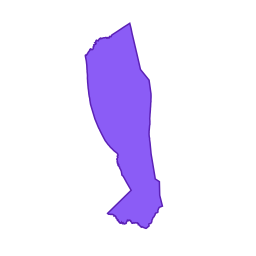 outline of Sinazongwe, Southern, Zambia, rotated 316°
{"feature_id": "96606910B20600796740117", "entity_name": "Sinazongwe", "entity_type": "district", "adm_level": 2, "iso_a3": "ZMB", "parent_name": "Zambia", "parent_adm1": "Southern", "projection": "natural_earth1", "projection_center": [27.144, -17.456], "detail": "fine", "context": "isolated", "style": "filled", "palette": "violet", "viewbox_px": 256, "rotation_deg": 316, "n_neighbors": 0, "source": "geoboundaries", "source_scale": "gbopen_adm2", "svg_char_len": 5117}
<svg xmlns="http://www.w3.org/2000/svg" viewBox="0 0 256 256"><g transform="rotate(316 128 128)"><path d="M101.0,140.7L100.7,140.8L100.5,141.1L100.4,141.6L100.4,142.0L100.2,142.1L98.3,142.6L98.2,143.0L98.2,143.5L97.9,143.7L96.9,144.6L97.0,145.1L96.9,145.4L96.3,145.4L96.0,145.7L96.0,146.2L96.0,147.4L96.0,147.5L95.8,147.9L95.7,147.9L95.5,147.5L95.4,147.2L95.0,147.8L94.9,148.0L95.0,148.2L94.8,148.7L94.9,148.8L95.0,148.8L95.0,149.2L94.9,149.6L94.8,150.0L94.8,150.3L94.3,150.7L94.3,150.9L93.7,153.0L93.1,154.5L90.9,157.7L90.9,157.9L91.0,158.4L91.0,159.4L90.5,161.4L89.2,166.1L87.0,175.0L54.0,175.2L54.0,175.7L54.0,175.9L54.2,176.6L54.4,176.9L55.1,177.4L55.3,177.7L55.3,177.8L55.4,178.0L55.6,178.1L55.6,178.3L55.8,178.5L56.0,178.5L56.4,178.8L56.4,179.0L56.5,179.2L56.8,179.3L57.0,179.6L57.2,180.4L57.2,180.5L57.3,180.9L57.3,181.0L57.2,181.1L57.3,181.1L57.4,181.3L57.5,181.5L57.5,181.9L57.4,181.9L57.4,182.2L57.6,182.4L57.8,182.8L57.7,183.1L57.4,183.0L57.5,183.6L57.4,183.8L57.1,184.2L57.1,184.3L57.1,184.6L56.9,184.6L56.9,184.8L56.9,185.5L56.9,185.9L56.7,186.2L56.8,186.4L56.7,186.5L56.8,186.7L56.8,186.9L56.9,187.1L56.5,187.2L56.5,187.6L56.4,187.6L56.5,187.8L56.6,188.1L56.5,188.3L56.5,188.7L56.5,188.8L56.5,189.1L56.3,189.1L56.3,189.4L56.2,189.5L56.4,190.0L56.4,190.3L56.2,190.5L56.4,190.7L56.7,190.9L56.5,191.3L56.6,191.5L56.8,191.7L57.1,191.6L57.2,191.4L57.4,191.4L57.5,191.9L57.8,192.0L57.8,192.3L58.0,192.0L58.0,192.4L58.3,192.5L58.4,192.8L58.5,192.8L58.3,193.2L58.3,193.3L58.7,193.6L58.6,194.1L58.7,194.4L58.8,194.6L59.1,194.7L59.6,194.8L59.7,195.0L59.8,195.1L60.4,195.3L60.5,195.2L60.8,195.1L60.9,194.9L61.8,194.6L62.0,194.5L62.9,194.2L63.1,194.1L63.5,194.1L63.3,194.4L63.3,194.5L63.5,194.8L63.8,194.6L63.8,194.3L64.1,194.5L64.2,194.8L64.5,195.0L64.9,195.1L65.0,195.4L65.2,195.5L65.3,195.7L65.5,196.1L65.5,196.4L65.5,196.6L65.0,196.9L65.2,197.2L65.1,197.6L65.1,197.8L65.0,198.5L64.9,198.6L65.2,199.3L64.9,199.5L65.4,200.0L65.9,200.0L66.3,200.2L66.5,200.2L66.7,201.0L66.8,201.1L67.2,201.2L67.6,201.3L67.7,201.5L68.0,201.8L68.1,202.2L68.8,202.6L68.7,203.4L69.1,203.8L69.0,204.3L68.9,204.4L68.3,204.6L68.2,204.7L68.5,205.1L68.8,206.1L68.6,206.9L68.6,207.7L68.7,208.2L68.7,208.5L68.9,208.8L69.1,208.7L69.4,208.6L69.6,209.1L70.0,210.2L70.5,211.4L71.1,212.5L71.4,212.8L72.2,212.9L74.2,213.0L74.9,213.1L75.1,213.1L75.3,212.9L75.8,212.1L76.1,211.7L76.5,211.5L76.8,211.6L77.3,212.0L77.8,212.3L78.1,212.4L79.0,212.3L79.7,212.1L81.6,210.7L82.5,210.5L83.5,209.9L83.9,209.8L84.8,209.9L85.1,209.9L85.7,209.6L86.9,209.3L87.3,209.2L87.5,209.0L87.7,208.8L88.0,208.6L88.8,208.5L89.7,208.9L90.6,209.3L90.8,209.3L91.0,209.3L91.4,209.0L92.0,208.2L92.8,207.8L94.4,207.0L94.9,207.0L95.4,206.8L98.5,208.1L104.0,198.5L113.3,188.4L112.2,183.5L113.2,182.2L115.4,179.0L126.6,162.7L133.7,153.8L135.4,151.4L136.3,150.5L137.4,148.8L139.1,146.8L139.9,146.1L140.5,145.4L142.9,143.3L145.3,141.2L146.4,140.5L147.1,139.7L148.5,138.3L150.1,136.4L152.0,134.7L153.6,133.2L154.2,132.7L155.0,132.0L157.0,130.2L157.8,129.4L158.9,128.5L160.7,126.8L161.6,125.9L162.9,124.9L163.9,123.8L165.6,122.2L166.3,121.5L167.1,120.7L167.4,120.3L168.2,119.5L168.4,119.2L176.4,108.2L177.5,95.8L177.6,94.6L185.0,82.3L196.6,62.8L199.3,58.6L202.0,53.9L195.6,52.6L186.8,51.0L181.1,49.9L180.6,49.9L180.2,50.2L179.4,50.5L179.1,50.5L179.0,50.4L178.7,49.5L178.5,49.4L178.2,49.3L177.7,49.7L177.5,49.9L176.9,50.1L176.5,49.7L176.4,49.1L176.3,48.9L176.0,48.7L175.7,48.9L175.2,48.9L175.1,48.7L175.2,48.0L175.2,47.8L174.9,47.4L174.0,47.0L172.7,45.9L171.9,45.7L171.7,45.5L171.2,45.5L171.1,45.3L171.0,45.0L171.0,44.7L170.9,44.4L170.5,44.5L170.0,44.6L169.8,44.4L169.9,44.1L169.7,43.9L167.5,44.4L167.2,44.6L167.0,44.4L166.7,43.9L166.7,43.6L166.5,43.1L166.4,43.0L166.2,42.9L165.9,42.9L165.6,43.0L165.4,43.3L165.1,43.3L164.8,43.4L164.6,43.6L164.0,43.8L163.4,43.6L163.4,43.8L163.6,44.2L163.6,44.3L164.0,44.4L164.0,44.6L163.9,44.8L163.6,45.1L163.4,45.2L163.0,45.0L162.7,45.1L162.2,44.9L161.3,44.4L161.1,44.4L160.8,45.0L160.5,45.4L160.2,45.5L159.7,45.3L159.3,45.8L159.0,45.8L158.7,46.5L158.0,46.7L157.2,47.0L156.9,46.9L156.8,46.5L156.6,46.2L156.2,46.2L155.7,46.0L155.7,45.9L155.8,45.5L156.0,45.5L156.1,45.2L155.9,45.0L155.1,45.1L154.7,45.2L154.5,45.4L153.8,45.7L153.6,45.7L153.4,45.7L153.1,45.7L152.4,45.8L152.0,46.0L151.7,46.0L151.1,46.2L150.9,46.2L150.7,46.3L150.2,46.4L150.2,46.5L149.8,46.5L149.3,46.6L148.8,46.8L148.7,46.8L148.7,46.4L148.6,46.2L147.8,46.1L147.1,46.9L144.5,50.9L141.9,54.3L138.9,57.7L138.6,58.2L138.1,58.7L137.6,59.2L136.8,60.3L135.5,61.9L134.9,62.5L133.1,64.3L132.4,65.2L131.9,65.8L130.9,66.9L129.4,68.8L128.3,70.1L127.8,70.8L127.3,71.3L125.8,73.4L124.0,75.7L123.3,76.6L121.9,78.6L121.4,79.5L120.6,80.7L119.8,81.6L119.5,82.1L117.4,85.1L110.5,98.5L107.5,106.1L106.9,107.7L106.6,109.0L106.1,110.3L105.4,112.5L104.8,114.4L102.8,121.3L102.6,123.0L102.5,123.7L102.4,124.5L102.3,125.4L102.2,125.8L102.2,127.6L102.0,129.3L102.0,130.6L102.1,131.7L102.1,133.0L102.1,133.5L102.1,134.3L102.1,134.8L102.3,135.7L102.3,136.0L102.6,138.1L102.7,139.2L102.3,139.6L102.2,140.3L102.1,140.6L101.7,140.8L101.3,140.9L101.0,140.7Z" fill="#8b5cf6" stroke="#5b21b6" stroke-width="1.5"/></g></svg>